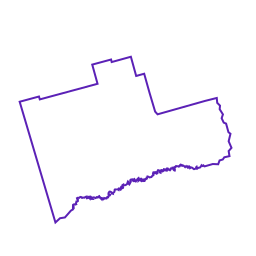 outline of Petroleum, Montana, United States of America, rotated 74°
{"feature_id": "52423323B42061541752", "entity_name": "Petroleum", "entity_type": "district", "adm_level": 2, "iso_a3": "USA", "parent_name": "United States of America", "parent_adm1": "Montana", "projection": "albers", "projection_center": [-107.962, 47.174], "detail": "fine", "context": "isolated", "style": "outline", "palette": "violet", "viewbox_px": 256, "rotation_deg": 74, "n_neighbors": 0, "source": "geoboundaries", "source_scale": "gbopen_adm2", "svg_char_len": 4543}
<svg xmlns="http://www.w3.org/2000/svg" viewBox="0 0 256 256"><g transform="rotate(74 128 128)"><path d="M186.0,64.9L186.0,56.4L187.7,51.3L184.4,48.9L184.4,45.6L182.7,43.5L183.0,38.2L177.9,37.6L175.6,34.0L168.5,34.9L161.8,31.1L159.7,32.6L150.8,32.5L149.2,34.5L144.4,35.3L141.1,33.0L135.2,34.7L131.9,33.4L128.4,35.3L123.6,34.4L123.2,46.4L123.0,95.8L119.7,97.4L99.9,97.6L80.3,97.5L80.2,105.8L60.3,105.6L60.1,125.5L57.5,125.4L57.2,144.9L77.1,145.1L76.2,204.9L73.2,204.9L72.9,224.9L198.8,223.8L196.0,218.2L196.6,213.3L191.7,205.7L191.1,203.4L187.9,202.4L188.7,202.0L187.3,201.7L186.5,201.0L186.7,200.0L187.1,199.6L187.0,198.8L186.5,198.9L185.5,198.5L184.4,197.8L184.7,197.2L184.5,196.4L183.1,195.9L182.4,196.4L181.4,196.4L181.2,195.5L181.7,194.0L181.1,192.9L181.7,191.7L182.4,191.6L182.6,191.0L182.5,190.3L183.0,189.0L182.5,188.0L182.5,186.7L183.4,186.9L184.2,186.9L184.3,185.9L183.8,185.7L183.6,185.2L183.4,185.0L183.9,184.5L184.5,184.3L185.1,184.1L184.7,183.9L184.2,183.9L183.5,183.6L183.6,182.9L184.3,182.5L185.4,182.5L186.1,182.6L186.4,181.7L186.2,181.8L185.6,181.7L185.1,180.9L185.3,179.8L186.4,178.7L186.3,177.8L185.8,177.3L185.8,177.0L186.4,176.7L186.5,176.0L185.7,175.1L185.6,174.5L186.0,174.5L186.4,174.2L186.9,174.4L187.3,174.2L187.4,173.6L188.3,173.0L188.7,173.3L189.2,173.0L188.7,172.8L188.2,172.4L188.5,171.9L188.6,172.0L189.2,171.9L189.8,171.3L189.7,171.0L189.4,170.5L188.8,170.1L189.1,169.7L189.2,169.2L189.3,168.7L189.8,168.5L189.8,168.0L189.3,167.7L189.2,166.8L189.2,166.2L188.7,166.0L188.4,166.3L188.0,165.3L187.8,164.1L187.2,163.5L186.9,163.8L186.7,164.3L186.2,165.0L185.2,164.7L184.1,163.5L184.1,162.9L185.3,161.5L186.4,161.5L186.9,160.8L186.7,160.8L186.3,160.0L185.7,158.8L184.6,158.1L183.9,158.0L183.5,157.6L183.6,157.1L183.8,155.9L183.3,155.5L183.5,155.6L184.1,155.2L184.4,154.5L184.9,154.1L184.7,154.0L184.2,154.1L183.6,153.6L183.9,153.0L184.2,152.7L184.8,152.6L185.3,152.2L185.2,151.9L184.6,151.9L183.9,152.1L183.4,151.3L183.7,150.7L184.3,150.2L184.3,149.5L183.9,149.1L182.9,149.1L183.0,149.8L182.4,150.2L182.2,149.6L181.9,148.8L181.6,148.9L181.3,148.9L181.1,148.1L181.7,148.2L182.2,146.9L182.1,145.7L181.6,144.3L180.0,143.3L179.4,142.8L179.8,142.6L180.3,142.9L181.1,142.8L181.4,142.1L181.7,141.9L182.1,142.2L182.2,142.5L182.6,142.3L181.9,141.5L181.5,141.5L181.0,140.6L180.2,140.1L179.8,140.4L178.8,140.2L178.5,139.7L178.3,139.1L178.7,138.3L178.6,137.7L179.1,137.1L179.2,137.8L179.6,138.0L180.0,137.8L180.8,137.0L180.8,136.1L180.2,136.1L179.3,136.4L179.0,136.5L178.8,136.0L179.6,135.7L180.4,135.8L181.5,135.2L180.8,134.3L179.9,133.3L179.4,132.5L179.0,131.6L179.8,131.5L180.5,131.5L180.9,132.3L181.6,132.5L181.3,131.9L181.4,130.9L180.6,130.3L180.3,129.4L181.0,128.9L181.2,129.1L181.3,129.6L182.2,130.1L182.9,129.6L182.9,129.0L182.7,128.7L182.8,127.9L183.3,127.6L183.5,126.7L183.2,126.4L182.4,126.4L182.5,126.9L181.8,127.1L181.9,126.2L182.4,125.8L182.2,125.1L181.7,125.0L181.6,124.4L182.0,124.3L182.4,124.5L181.6,123.6L180.7,123.6L179.9,123.4L179.9,123.5L179.9,122.8L180.3,122.2L180.5,121.7L181.4,121.0L181.6,119.0L180.8,118.0L180.3,117.3L180.5,117.3L180.5,116.8L180.2,116.4L179.4,116.3L179.5,116.5L178.5,116.5L177.6,115.8L177.8,114.9L178.1,115.5L178.6,115.9L178.8,115.3L178.5,114.5L178.1,114.1L178.0,113.8L178.3,113.1L179.3,113.6L179.8,113.2L179.6,112.2L179.1,111.8L178.6,111.8L177.9,111.6L177.3,111.3L176.8,110.7L177.1,110.2L177.7,109.4L178.7,109.5L179.6,109.5L180.0,109.0L179.1,108.6L178.4,108.3L177.6,107.6L177.9,106.8L178.6,106.5L178.8,106.3L178.7,106.5L179.0,107.0L179.3,106.7L179.1,106.2L178.8,105.1L178.1,105.2L177.5,104.8L177.8,104.3L177.9,103.7L178.8,102.9L179.5,103.0L179.7,102.4L178.6,101.8L178.0,102.0L177.6,101.6L177.9,100.9L179.3,100.5L179.6,99.8L180.2,99.3L179.8,98.7L179.2,98.8L178.6,97.8L179.6,95.8L180.9,95.6L181.5,95.2L181.8,94.8L181.5,94.6L180.9,94.4L180.5,94.4L180.0,94.7L179.5,94.8L179.3,94.5L178.8,94.6L179.0,95.0L178.5,95.3L178.6,94.5L179.0,93.8L178.8,93.3L178.3,93.3L177.8,92.3L178.3,91.4L178.6,90.1L179.1,89.9L179.1,89.0L178.0,88.2L177.7,87.4L178.3,86.8L178.9,86.9L179.3,86.3L178.9,85.8L179.5,85.0L180.6,84.3L181.3,83.9L181.0,83.5L180.8,83.0L181.1,83.0L181.3,82.5L181.1,82.5L181.2,81.6L181.9,81.8L182.8,81.3L182.7,80.9L182.4,80.3L182.1,80.4L181.8,79.8L182.7,79.3L183.7,79.4L183.6,78.9L183.2,78.3L184.0,77.1L185.0,76.5L185.7,76.0L185.8,75.4L185.6,74.2L186.0,73.4L185.4,73.3L184.5,73.3L184.2,72.7L185.1,72.7L185.9,72.2L185.7,71.3L185.8,69.6L185.2,68.7L184.6,68.1L184.2,67.7L184.7,67.5L185.1,66.8L184.8,66.6L184.6,65.9L185.3,65.5L186.0,64.9Z" fill="none" stroke="#5b21b6" stroke-width="2"/></g></svg>